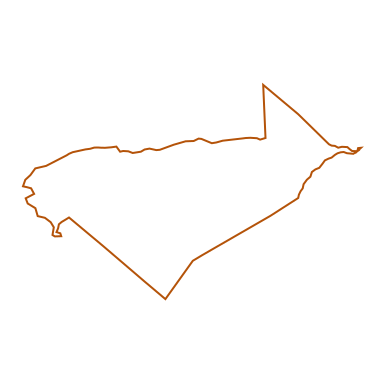 the district of São José dos Cordeiros, Paraíba, Brazil
{"feature_id": "56859067B13201418207131", "entity_name": "São José dos Cordeiros", "entity_type": "district", "adm_level": 2, "iso_a3": "BRA", "parent_name": "Brazil", "parent_adm1": "Paraíba", "projection": "albers", "projection_center": [-36.853, -7.428], "detail": "fine", "context": "isolated", "style": "outline", "palette": "amber", "viewbox_px": 384, "rotation_deg": 0, "n_neighbors": 0, "source": "geoboundaries", "source_scale": "gbopen_adm2", "svg_char_len": 1342}
<svg xmlns="http://www.w3.org/2000/svg" viewBox="0 0 384 384"><path d="M35.3,168.4L30.4,175.1L25.3,179.8L23.0,186.3L27.0,187.2L31.1,188.3L34.1,193.9L25.7,198.3L27.7,203.5L35.4,208.2L37.7,216.1L44.9,217.8L50.7,222.2L53.8,227.3L52.5,235.0L54.8,236.4L61.2,236.2L60.3,233.3L56.5,232.1L58.1,228.3L58.9,224.3L61.6,222.0L65.6,219.6L69.0,217.5L103.9,246.7L128.9,268.1L144.3,281.3L165.4,299.1L192.8,260.8L202.3,255.1L212.0,249.5L270.3,215.9L298.2,198.0L298.9,194.7L300.6,191.2L302.7,188.4L303.6,184.2L306.9,179.7L310.4,176.7L311.9,172.0L315.4,169.4L319.3,167.8L322.6,163.6L324.9,160.4L328.6,158.6L331.6,157.6L334.9,154.9L337.5,153.3L340.7,152.3L343.7,152.0L346.9,153.2L353.3,153.8L357.3,151.2L352.1,151.0L349.6,149.1L347.4,147.1L341.9,146.8L338.2,147.7L334.9,145.9L331.6,145.6L329.0,144.3L298.2,114.2L263.2,84.9L265.5,138.0L260.1,139.6L256.9,138.2L250.3,137.8L245.9,138.0L242.8,138.4L222.7,140.7L219.1,141.7L216.2,142.5L211.8,143.2L201.4,138.9L198.6,138.6L193.7,141.0L185.6,141.3L173.8,144.7L159.8,149.8L156.3,150.1L149.5,148.6L144.6,149.5L140.9,151.7L132.7,153.0L128.3,151.3L123.1,151.0L120.1,151.7L116.4,146.6L111.3,147.3L105.0,147.8L100.8,147.7L97.9,147.5L94.2,147.6L90.1,148.8L85.5,149.4L72.7,152.2L69.0,153.8L66.7,155.3L46.1,165.9L35.3,168.4ZM357.3,151.2L361.0,147.8L358.1,148.1L357.3,151.2Z" fill="none" stroke="#b45309" stroke-width="2"/></svg>